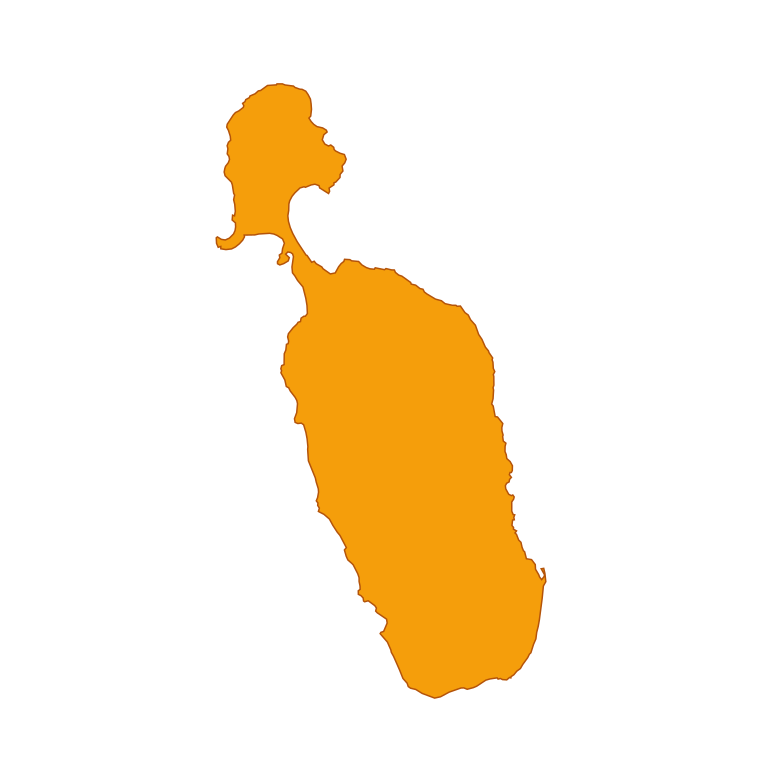 outline of Rotuma, Rotuma, Fiji, rotated 67°
{"feature_id": "14151628B71764118664060", "entity_name": "Rotuma", "entity_type": "district", "adm_level": 2, "iso_a3": "FJI", "parent_name": "Fiji", "parent_adm1": "Rotuma", "projection": "mercator", "projection_center": [177.068, -12.502], "detail": "fine", "context": "isolated", "style": "filled", "palette": "amber", "viewbox_px": 768, "rotation_deg": 67, "n_neighbors": 0, "source": "geoboundaries", "source_scale": "gbopen_adm2", "svg_char_len": 4927}
<svg xmlns="http://www.w3.org/2000/svg" viewBox="0 0 768 768"><g transform="rotate(67 384 384)"><path d="M403.9,275.0L402.5,273.8L396.1,275.1L394.4,274.9L389.6,276.3L381.1,276.4L375.4,277.5L365.6,276.9L358.7,279.2L353.4,279.5L349.9,281.6L342.1,283.2L341.0,286.4L339.7,287.0L338.2,290.4L333.9,296.4L329.8,298.6L325.9,303.5L317.9,309.3L315.1,310.9L312.0,311.1L310.2,313.6L305.4,316.2L302.7,319.9L300.9,319.8L291.7,325.4L289.5,327.9L285.7,329.9L283.1,329.9L281.9,332.5L278.5,337.1L279.0,338.8L273.6,346.7L274.6,348.0L272.5,351.9L269.9,354.8L265.8,357.8L261.3,359.5L258.0,365.6L256.2,366.8L253.8,371.6L255.5,373.1L256.4,376.4L258.3,379.9L262.7,385.5L261.7,390.4L254.1,395.1L251.9,395.5L246.8,399.4L243.7,400.3L243.7,403.0L235.6,404.6L234.9,405.4L219.1,408.3L209.7,409.2L203.4,409.2L197.0,408.4L191.6,406.8L187.0,403.9L181.1,401.2L178.5,399.2L175.3,395.3L173.2,391.3L170.7,384.7L171.2,380.5L172.2,379.5L172.3,373.2L173.1,369.5L176.0,366.3L178.4,366.6L187.0,360.6L185.4,358.8L182.2,358.0L181.1,352.3L179.2,351.4L179.3,349.5L176.7,343.8L173.9,342.5L171.9,338.6L167.0,337.4L165.1,333.7L162.3,331.0L157.3,330.8L154.4,334.3L150.6,337.5L148.7,338.3L146.5,337.8L143.2,339.6L143.2,342.1L140.0,344.7L135.1,345.4L131.0,342.0L129.8,337.9L127.8,337.9L124.3,340.4L120.9,345.1L117.6,347.2L114.0,348.5L109.9,349.2L108.8,346.8L102.8,343.4L97.5,341.6L93.0,340.4L87.8,340.8L83.9,341.6L80.7,344.3L79.8,346.2L76.2,350.1L74.4,350.9L70.1,358.2L68.0,360.3L65.9,365.3L66.6,366.1L63.7,374.6L65.6,382.9L65.1,385.2L66.5,389.3L66.5,394.8L67.8,396.1L68.2,400.1L69.8,401.7L70.4,404.5L73.0,404.3L74.4,405.4L75.9,411.0L76.1,414.7L77.4,417.5L83.6,426.8L86.1,428.4L89.8,428.1L95.9,428.7L99.7,429.9L100.7,432.7L103.4,435.3L106.5,435.8L110.9,438.4L114.0,437.8L117.0,438.5L119.5,440.9L121.7,444.8L123.4,446.3L126.4,448.3L130.2,448.9L138.5,445.6L141.4,445.8L149.8,447.9L151.7,447.7L155.6,450.4L160.3,451.2L167.0,453.4L170.8,455.9L169.4,457.4L173.7,459.7L177.6,457.8L181.4,459.2L184.5,461.1L187.1,463.9L189.3,469.3L189.4,473.8L187.3,477.2L183.5,479.9L183.9,481.3L189.1,483.2L193.4,483.2L193.6,480.5L195.8,481.4L198.5,477.0L200.1,471.5L199.8,467.2L198.4,462.3L196.4,457.9L194.0,454.9L192.3,454.5L196.3,444.6L197.0,440.6L200.6,430.4L202.9,426.8L205.5,424.3L210.8,420.7L215.5,420.7L219.8,424.5L223.7,426.8L224.4,430.0L227.1,430.6L229.8,434.3L231.7,435.0L233.7,433.4L234.0,429.3L233.3,424.1L230.7,421.8L226.0,423.8L224.9,420.9L226.5,418.5L228.6,417.3L231.4,417.6L240.3,423.0L245.9,424.8L249.8,423.8L254.9,423.1L263.0,420.7L274.6,422.5L281.6,424.2L289.2,427.0L290.9,429.9L290.3,431.2L291.0,434.6L293.9,436.5L293.6,438.9L294.9,440.9L296.7,445.7L300.3,452.3L303.0,454.3L307.2,455.0L309.4,456.4L309.4,458.3L314.4,461.1L317.2,464.0L327.1,468.4L327.1,471.0L329.7,473.0L331.8,473.1L333.4,474.5L341.5,473.7L348.1,474.9L350.3,473.2L353.9,473.0L361.6,471.0L365.2,470.7L368.3,471.3L376.2,475.5L381.0,480.0L384.6,480.8L386.7,478.8L387.7,475.4L390.1,473.9L398.1,474.8L404.4,476.2L412.1,478.6L414.3,479.8L425.2,483.6L443.6,483.9L447.8,484.7L454.7,485.4L458.0,486.5L462.6,489.5L465.1,492.0L467.7,491.3L469.9,492.5L473.0,492.0L475.7,494.2L480.5,490.2L487.0,487.0L494.2,486.3L502.2,484.9L506.2,483.7L519.9,482.6L521.3,485.3L527.9,486.1L531.9,486.0L536.6,483.7L538.4,483.0L548.3,482.3L552.5,482.6L556.1,484.1L560.6,485.0L563.7,486.2L564.3,488.5L567.6,489.8L569.8,487.9L572.8,486.8L575.8,487.6L576.9,486.9L577.4,483.2L579.6,481.9L584.4,479.1L587.2,478.5L589.8,480.4L592.0,479.6L601.5,473.5L605.3,474.5L611.6,481.0L611.4,483.9L612.3,485.1L622.9,481.7L631.5,481.6L633.7,482.1L638.6,481.6L653.1,481.4L662.5,481.6L668.5,479.6L672.0,479.9L674.4,478.4L677.6,474.1L683.7,469.8L692.9,460.1L694.0,454.2L693.1,444.4L693.9,432.0L694.9,429.3L697.5,426.7L698.4,420.5L698.4,416.8L696.4,406.0L696.9,401.7L698.7,394.7L700.2,394.3L700.6,391.9L702.4,390.4L704.3,386.6L703.2,383.1L704.1,382.1L703.0,381.3L702.4,378.1L700.2,373.9L699.2,369.6L696.4,365.9L692.0,358.6L689.5,355.7L688.8,353.8L682.1,348.1L678.0,343.8L672.3,340.5L667.3,336.7L661.9,333.2L643.2,322.2L632.2,316.2L629.2,312.3L621.3,309.9L616.1,309.0L615.5,311.5L622.1,310.8L623.6,311.6L625.7,315.3L622.6,316.2L619.9,316.1L613.7,316.9L609.3,315.3L603.3,316.8L600.5,321.2L593.4,320.1L591.9,320.8L588.2,320.7L583.3,319.8L580.2,321.0L574.2,320.8L572.3,321.6L571.0,319.4L568.2,321.6L566.7,320.8L564.2,321.5L559.5,318.8L559.9,317.1L557.4,316.6L555.5,314.8L554.7,316.1L551.0,316.1L542.5,312.5L540.6,309.6L538.8,308.3L536.5,308.8L536.5,310.4L534.2,312.3L528.1,312.9L525.0,312.0L523.3,309.9L523.0,307.1L520.9,305.7L519.7,303.2L516.5,304.1L514.7,302.6L515.2,301.3L513.8,299.7L509.4,297.7L504.7,298.2L500.6,300.1L496.8,299.1L493.4,299.0L488.7,296.9L486.1,294.9L483.2,296.5L478.7,295.3L477.5,294.3L473.4,293.8L470.2,292.6L466.8,290.1L458.7,292.4L457.4,294.4L447.0,292.1L444.5,292.7L440.2,289.4L432.4,285.5L430.1,285.1L428.0,283.3L420.0,280.0L418.0,279.7L415.9,277.2L412.4,277.3L406.5,275.2L403.9,275.0Z" fill="#f59e0b" stroke="#b45309" stroke-width="1.5"/></g></svg>